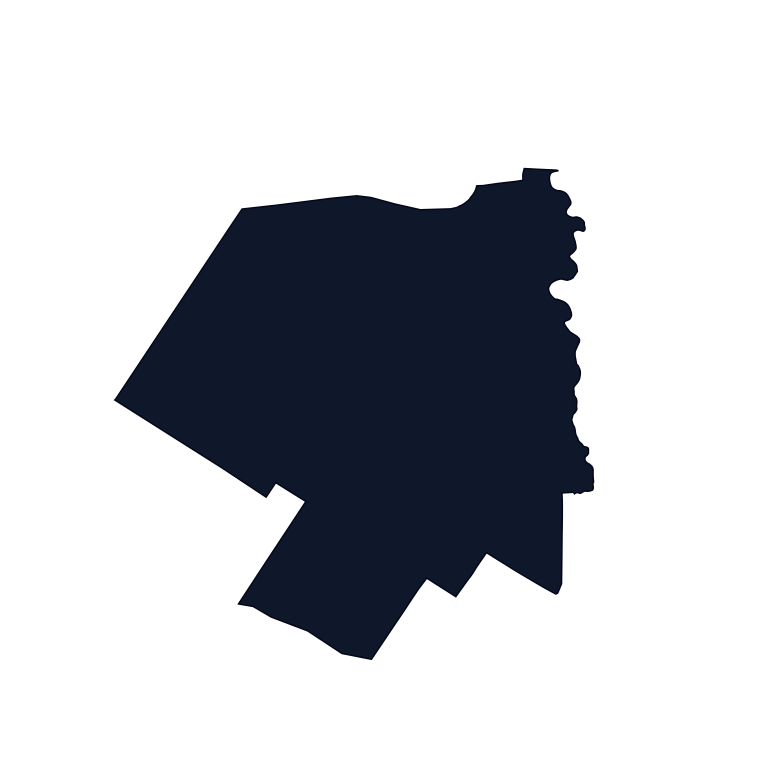 Frumoasa, Teleorman, Romania (Natural Earth projection), rotated 23°
{"feature_id": "2599482B40273657250889", "entity_name": "Frumoasa", "entity_type": "district", "adm_level": 2, "iso_a3": "ROU", "parent_name": "Romania", "parent_adm1": "Teleorman", "projection": "natural_earth1", "projection_center": [25.466, 43.78], "detail": "fine", "context": "isolated", "style": "filled", "palette": "ink", "viewbox_px": 768, "rotation_deg": 23, "n_neighbors": 0, "source": "geoboundaries", "source_scale": "gbopen_adm2", "svg_char_len": 4526}
<svg xmlns="http://www.w3.org/2000/svg" viewBox="0 0 768 768"><g transform="rotate(23 384 384)"><path d="M410.2,641.1L450.5,648.5L473.3,643.7L480.0,642.3L487.5,603.2L491.0,585.3L493.9,569.4L495.9,559.1L499.2,546.0L533.2,551.7L534.8,544.4L538.1,529.9L538.9,527.1L539.7,523.2L540.5,517.6L544.2,499.2L579.2,504.7L588.8,506.0L606.3,508.3L612.9,509.1L624.3,510.2L625.6,508.5L625.5,498.6L616.6,476.9L606.5,452.5L599.9,436.3L594.9,424.5L593.5,421.3L591.8,417.8L590.4,414.8L590.7,414.6L600.8,409.6L602.2,410.7L602.4,410.2L603.1,409.3L603.5,408.9L604.1,408.5L605.3,408.2L606.8,408.1L607.4,407.9L607.8,407.5L608.4,406.8L609.5,405.2L610.5,404.2L611.3,403.8L612.1,403.6L612.8,403.4L613.5,403.1L615.3,402.0L616.8,400.8L617.2,400.4L617.4,400.1L617.4,399.5L617.5,398.9L617.3,398.2L617.2,397.7L616.3,396.1L615.4,394.6L615.3,394.2L615.2,393.3L615.2,392.4L614.9,391.7L614.5,390.9L613.9,390.0L612.4,387.0L610.6,382.8L610.0,381.2L608.9,379.7L608.2,379.1L607.3,378.5L605.7,377.9L604.6,377.5L603.5,377.5L602.0,377.3L600.1,376.6L599.2,376.0L598.6,375.3L598.1,374.5L597.9,373.4L597.8,372.5L598.0,371.7L598.9,370.2L599.1,369.1L599.2,367.9L599.0,367.2L598.4,366.0L597.8,364.3L597.2,363.5L596.7,363.1L595.9,363.0L595.1,363.0L594.0,363.2L593.1,363.4L592.4,363.4L591.6,363.2L590.5,362.5L589.7,362.0L588.8,361.7L586.1,360.7L585.0,360.1L584.6,359.8L584.1,359.0L583.3,358.1L581.2,356.5L580.2,355.4L579.4,354.3L577.8,351.5L576.4,349.6L575.4,348.6L574.3,347.9L573.7,347.3L573.1,346.6L571.7,344.9L570.9,343.9L570.6,343.4L570.5,342.6L570.4,341.1L570.1,339.8L570.0,338.3L570.2,337.5L570.9,335.6L571.2,334.4L571.4,332.8L571.4,332.0L571.2,331.4L570.6,330.5L570.0,329.5L569.4,327.7L568.5,325.2L567.7,323.6L567.1,322.8L566.3,322.0L564.3,320.6L563.5,320.1L563.2,319.5L562.6,318.6L562.0,316.8L561.1,315.4L560.4,314.2L560.1,313.1L560.1,311.7L560.5,310.5L561.6,306.9L562.0,303.9L561.7,301.4L561.1,299.2L560.4,297.0L559.3,295.1L558.4,293.9L557.3,293.0L555.8,291.4L553.8,290.7L552.8,289.4L550.9,286.5L548.9,283.5L547.6,280.4L547.2,279.1L547.2,275.4L547.3,271.1L547.4,269.0L547.0,267.7L546.5,266.6L545.6,265.8L544.4,265.3L542.6,264.7L540.3,264.3L536.6,263.7L534.9,263.4L533.8,262.9L529.5,260.4L527.2,258.7L526.2,257.7L525.8,256.9L526.0,256.0L526.6,255.0L527.7,253.9L529.0,252.6L529.4,252.0L529.8,251.0L529.9,249.6L529.9,248.0L529.4,246.7L528.6,245.3L527.1,243.5L525.0,241.3L522.8,239.7L520.9,238.8L519.0,238.3L517.1,238.0L514.6,238.1L511.8,238.2L510.3,238.4L508.9,238.9L508.3,239.0L506.5,238.6L504.9,238.0L502.8,236.9L501.2,235.8L499.6,234.2L498.7,232.8L498.1,231.8L497.9,230.8L498.0,228.5L498.3,226.7L499.0,225.1L500.0,223.5L501.6,221.6L502.9,220.3L505.5,218.4L506.5,217.9L507.9,217.7L510.2,217.3L512.0,216.9L512.9,216.3L514.6,214.9L515.6,213.7L516.6,212.2L516.7,211.5L516.8,210.6L517.3,208.9L517.5,207.4L517.6,206.4L517.9,205.6L518.0,204.9L517.8,204.5L517.4,203.7L516.9,203.0L516.0,201.4L515.2,200.0L514.2,199.1L513.0,198.3L510.1,197.0L507.2,196.1L505.8,195.2L505.0,194.5L504.8,194.0L504.8,193.4L504.8,192.7L505.2,191.7L506.1,190.2L507.3,187.3L507.8,185.3L507.8,184.5L507.6,183.6L506.5,181.5L504.2,178.1L501.3,174.9L500.1,173.3L499.6,172.6L499.2,171.8L499.2,170.5L499.4,169.5L500.1,168.4L501.5,166.9L502.8,166.2L504.9,165.8L507.0,165.7L507.7,165.5L508.2,165.0L508.5,164.2L508.6,163.3L508.4,162.5L508.0,161.7L507.2,160.6L506.5,159.8L506.1,158.9L505.3,157.2L504.5,156.4L503.4,155.8L501.6,155.1L500.3,154.7L498.4,154.7L496.4,154.9L495.4,155.3L494.5,155.9L493.3,156.7L492.4,157.1L490.5,157.3L487.8,157.2L486.5,156.7L485.6,156.1L484.9,155.5L484.4,154.6L484.1,153.2L484.1,151.7L485.0,147.8L485.5,146.3L485.5,145.5L485.4,144.7L484.9,143.6L484.0,142.4L480.0,139.0L477.5,137.6L476.0,137.2L474.4,137.0L472.6,137.1L470.7,137.3L468.5,138.1L466.4,138.4L464.2,138.2L462.8,137.9L461.7,137.4L460.3,136.4L457.9,133.6L456.4,131.1L455.4,129.0L455.1,126.7L455.1,125.4L455.5,124.2L456.1,123.3L458.1,121.6L460.1,120.3L461.2,119.5L459.1,119.8L453.9,121.7L442.1,126.1L428.9,130.9L429.7,135.9L430.0,136.9L430.4,138.0L432.3,142.2L426.7,145.7L410.5,154.9L397.6,162.7L391.9,165.4L392.2,167.1L392.4,168.5L392.4,169.7L392.4,171.5L392.0,174.3L391.5,176.3L390.7,178.8L390.7,179.8L390.2,181.2L389.4,183.0L388.1,185.4L386.3,188.2L384.8,190.0L383.8,190.7L383.7,191.2L383.4,191.8L381.1,193.8L376.8,196.8L349.4,209.4L323.4,214.1L299.3,217.4L285.4,221.4L262.7,233.8L215.6,261.2L185.0,278.4L180.9,299.6L142.9,502.7L142.4,503.9L268.7,524.7L319.7,534.2L322.9,517.1L356.9,522.5L358.0,522.6L345.1,592.8L336.0,643.3L350.4,639.9L371.2,642.6L410.2,641.1Z" fill="#0f172a" stroke="#020617" stroke-width="1.5"/></g></svg>